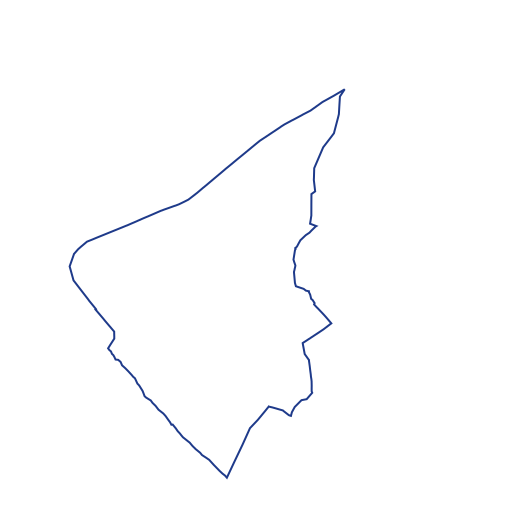 the district of Maybrat, Papua Barat, Indonesia, rotated 223°
{"feature_id": "22746128B44891092584435", "entity_name": "Maybrat", "entity_type": "district", "adm_level": 2, "iso_a3": "IDN", "parent_name": "Indonesia", "parent_adm1": "Papua Barat", "projection": "equal_earth", "projection_center": [132.34, -1.424], "detail": "fine", "context": "isolated", "style": "outline", "palette": "blue", "viewbox_px": 512, "rotation_deg": 223, "n_neighbors": 0, "source": "geoboundaries", "source_scale": "gbopen_adm2", "svg_char_len": 3300}
<svg xmlns="http://www.w3.org/2000/svg" viewBox="0 0 512 512"><g transform="rotate(223 256 256)"><path d="M385.2,121.3L384.7,121.0L372.8,113.7L372.3,113.6L372.2,113.6L371.5,113.5L357.6,111.2L349.0,109.8L347.7,109.5L340.3,108.5L336.8,108.0L336.9,107.4L335.2,107.2L325.6,106.1L322.0,105.6L308.2,104.0L308.1,103.9L304.7,100.4L303.3,98.9L302.8,96.2L302.0,91.7L301.2,87.6L299.1,87.2L297.0,87.3L294.6,86.2L292.9,86.2L292.7,86.2L290.8,85.6L288.1,84.5L285.9,86.1L285.3,86.1L284.6,86.1L282.9,86.2L281.9,85.8L279.4,84.7L275.3,84.8L271.0,84.6L265.7,84.2L265.0,84.1L264.9,84.1L263.7,83.9L261.1,84.0L255.7,81.8L253.8,81.7L253.0,81.6L247.0,80.0L245.1,79.1L241.9,77.5L239.9,77.5L234.8,78.5L234.5,78.6L232.5,78.2L231.5,78.0L227.2,77.9L226.0,77.7L223.1,77.2L222.5,77.1L216.4,77.6L213.0,77.3L208.2,76.3L205.5,75.8L202.8,74.9L202.0,75.9L197.5,75.3L197.4,75.3L193.8,74.5L190.7,74.3L188.2,73.9L185.8,73.6L179.4,74.1L177.2,74.3L173.3,73.8L171.5,73.7L169.7,73.7L168.7,73.6L162.6,74.0L159.8,73.6L158.0,73.9L154.6,74.5L153.1,74.7L151.3,75.0L144.2,74.4L143.9,74.4L136.0,74.0L132.1,74.0L128.9,74.3L126.1,74.0L131.4,90.5L137.1,108.6L139.5,115.7L141.1,120.4L143.0,126.0L142.9,137.0L143.2,142.4L143.3,143.9L143.6,148.9L144.0,154.6L143.9,154.6L140.8,156.4L137.3,158.2L134.3,159.7L131.0,161.4L130.1,161.4L123.4,162.0L122.7,162.3L122.0,162.6L121.4,162.9L123.2,166.2L123.3,166.6L124.7,172.0L124.4,181.6L121.4,185.7L121.3,185.8L121.6,194.3L123.0,195.0L124.7,196.8L126.7,199.0L129.8,202.2L131.4,203.6L133.6,205.3L134.8,206.4L136.0,207.4L138.2,209.2L141.6,212.1L145.3,215.1L145.7,215.4L146.1,215.8L146.2,216.0L152.5,217.3L153.5,217.5L155.8,219.2L158.1,220.9L162.3,224.0L162.5,224.2L161.5,228.1L157.5,244.6L156.6,248.5L155.0,258.1L162.8,259.0L166.1,259.3L173.8,259.8L175.4,259.9L176.5,259.9L180.5,260.2L181.0,261.5L184.5,262.4L186.5,262.3L186.9,262.6L189.9,264.6L190.3,264.8L192.8,265.7L193.2,266.3L195.9,264.7L198.5,264.5L198.9,264.4L202.2,262.9L205.5,261.4L206.2,261.1L209.2,262.9L216.9,269.8L217.4,270.3L218.5,272.3L219.1,273.2L219.5,274.0L220.6,275.8L221.2,276.2L224.4,277.9L224.5,278.0L226.1,278.9L231.5,286.9L231.8,288.1L232.7,288.5L232.6,289.3L232.5,289.5L232.5,290.9L233.5,294.6L234.3,297.9L234.2,298.9L233.9,304.1L233.8,305.3L232.8,309.5L232.8,312.6L232.5,318.3L232.3,319.0L238.5,316.5L240.9,320.1L242.5,322.4L243.0,323.2L250.7,331.5L257.7,339.1L256.8,343.6L265.6,351.1L267.3,353.1L273.2,359.8L273.3,359.9L280.7,380.5L281.0,381.4L282.0,392.0L282.7,398.9L289.6,411.7L290.4,413.2L292.2,416.4L292.4,416.6L297.8,423.1L303.4,429.9L304.0,433.4L304.7,437.6L304.8,438.4L305.1,437.5L308.5,425.9L309.2,423.8L311.9,415.5L312.4,413.9L315.3,399.5L318.2,391.4L318.5,390.3L321.1,382.7L321.8,380.7L322.2,379.7L324.8,372.0L324.9,371.7L325.9,367.9L326.1,366.7L331.8,342.8L332.5,337.7L333.2,332.5L333.4,330.8L335.7,313.7L337.2,302.1L337.7,298.6L337.7,298.2L341.0,271.1L341.2,269.9L341.4,268.1L341.9,263.8L342.1,262.1L343.9,251.1L345.4,247.0L347.6,241.3L349.3,237.8L349.5,237.5L349.6,237.4L351.4,233.9L355.2,226.6L355.7,225.5L356.4,224.2L357.8,221.0L361.1,213.4L361.3,213.0L362.1,211.1L362.5,210.3L364.2,206.5L368.1,197.4L369.0,195.4L371.2,190.3L371.3,190.2L376.5,179.0L385.1,160.5L386.9,156.5L389.4,151.2L390.3,143.8L390.7,139.8L390.7,139.5L390.5,133.3L390.4,133.2L386.9,125.2L385.2,121.3Z" fill="none" stroke="#1e3a8a" stroke-width="2"/></g></svg>